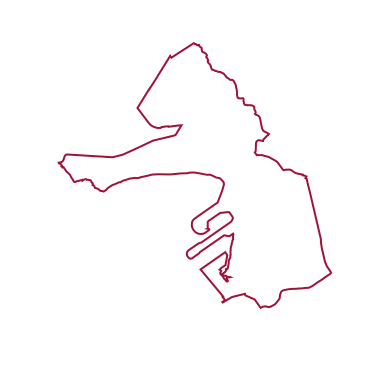 Bayside (NSW), New South Wales, Australia (Natural Earth projection), rotated 67°
{"feature_id": "25037944B57870334231273", "entity_name": "Bayside (NSW)", "entity_type": "district", "adm_level": 2, "iso_a3": "AUS", "parent_name": "Australia", "parent_adm1": "New South Wales", "projection": "natural_earth1", "projection_center": [151.152, -33.963], "detail": "fine", "context": "isolated", "style": "outline", "palette": "rose", "viewbox_px": 384, "rotation_deg": 67, "n_neighbors": 0, "source": "geoboundaries", "source_scale": "gbopen_adm2", "svg_char_len": 6027}
<svg xmlns="http://www.w3.org/2000/svg" viewBox="0 0 384 384"><g transform="rotate(67 192 192)"><path d="M168.6,98.6L167.3,99.4L164.4,101.9L163.2,102.5L162.2,102.6L160.6,102.6L153.9,101.3L152.2,100.8L149.6,100.6L148.8,100.7L147.8,101.1L146.3,102.3L145.9,102.9L145.3,103.3L144.7,103.6L144.3,102.9L144.0,102.5L142.9,102.1L139.8,102.3L138.5,101.5L137.2,101.7L137.0,101.8L135.7,103.0L135.3,103.6L133.9,106.7L133.8,107.3L133.2,107.7L132.9,108.2L132.4,109.3L131.8,109.5L130.6,109.5L129.8,109.2L128.5,109.2L127.0,108.3L126.2,108.2L125.7,108.3L125.3,109.2L125.1,110.2L124.5,111.3L124.2,112.1L123.6,112.8L122.4,113.0L121.3,112.9L119.8,112.5L119.2,112.3L118.2,111.6L116.6,111.3L115.5,110.9L112.9,110.5L111.3,110.0L109.3,109.9L108.4,110.2L107.3,110.1L106.3,110.2L105.5,110.5L104.4,111.2L104.0,112.4L103.5,113.2L103.1,113.4L102.3,113.7L100.6,115.0L95.6,116.6L94.9,117.0L93.7,118.2L92.6,118.9L92.0,120.2L91.5,121.1L90.4,122.1L89.6,123.3L88.6,124.1L88.0,124.4L87.4,125.5L87.0,125.8L85.2,125.8L83.9,125.6L83.4,125.7L82.8,125.5L81.4,125.7L80.0,126.4L78.2,126.6L77.6,126.4L77.4,126.1L77.4,125.7L74.7,125.7L73.7,126.2L72.8,125.8L72.5,125.2L72.2,124.9L71.6,124.9L70.5,125.0L68.4,126.2L67.7,127.3L67.0,127.7L66.2,127.7L64.5,127.4L64.0,127.3L63.6,126.9L63.1,126.9L62.3,127.2L60.8,128.3L59.4,128.1L59.1,128.6L59.0,129.6L58.8,130.0L58.1,130.2L57.4,130.6L57.0,131.0L56.8,131.5L56.2,131.8L55.7,132.2L60.3,158.5L58.2,158.9L71.6,177.9L72.4,178.9L80.8,191.3L80.6,191.3L84.0,196.1L93.4,209.4L112.1,204.7L114.0,203.9L115.0,203.4L116.5,202.3L117.8,201.0L118.7,199.9L119.7,198.5L120.8,195.8L120.8,195.7L120.5,195.2L120.3,194.4L120.6,193.9L121.4,190.4L121.8,189.7L122.2,188.2L122.8,188.1L125.3,179.0L126.5,175.6L133.1,184.9L133.1,186.1L129.5,207.7L130.2,226.0L130.6,241.2L129.0,251.5L126.3,257.0L124.6,260.2L122.4,264.8L108.7,292.2L108.5,293.5L108.7,294.1L109.0,294.9L109.7,295.6L111.9,297.4L113.1,299.0L113.3,299.9L113.4,301.4L112.9,303.3L113.4,303.4L113.8,303.2L114.0,302.9L114.3,302.2L114.8,301.9L117.2,301.4L117.4,302.1L117.6,302.0L117.8,302.4L117.8,301.9L118.7,301.7L118.5,301.0L119.1,300.5L124.3,299.5L126.6,298.3L128.8,297.5L131.9,297.4L133.8,296.9L136.1,296.7L136.7,296.5L136.9,296.3L137.1,295.9L137.1,294.0L137.6,291.2L137.9,288.4L138.8,288.5L138.4,286.7L138.4,285.9L138.5,285.1L138.8,284.5L139.7,284.1L140.0,283.1L141.3,281.1L142.2,280.6L142.9,280.5L143.9,280.7L144.4,280.5L144.8,280.1L145.3,280.0L146.3,280.3L146.8,280.8L147.3,280.2L147.8,279.8L148.9,279.6L150.2,279.8L152.5,277.1L154.3,276.4L155.3,275.7L156.4,273.7L157.1,273.1L156.8,271.9L156.7,270.5L156.3,269.8L155.4,267.7L154.5,262.5L154.5,261.6L154.7,260.6L154.6,259.1L154.7,257.1L154.5,255.5L155.1,254.4L154.8,252.7L154.7,249.7L155.1,248.9L155.0,247.7L155.4,243.7L155.6,243.3L156.2,240.7L156.8,238.8L157.9,236.7L158.1,236.1L158.3,235.3L158.2,234.5L159.8,225.8L160.1,223.5L160.5,221.6L162.0,217.4L163.0,214.9L164.6,211.4L167.7,204.2L170.1,196.3L171.9,191.5L172.9,189.1L173.1,188.4L173.0,187.6L173.4,186.2L174.4,183.6L175.2,181.9L177.5,178.2L181.8,171.8L182.6,170.2L182.8,169.0L184.8,166.9L188.0,164.2L188.7,163.3L189.9,161.3L191.7,160.3L194.2,159.4L195.8,159.1L197.6,159.7L202.6,163.7L211.7,172.5L216.6,195.8L217.7,200.5L218.4,202.1L218.9,202.8L220.2,204.0L222.4,205.1L223.2,205.4L225.2,205.7L227.1,205.5L229.7,204.8L230.8,204.2L232.4,202.9L233.1,202.1L234.2,200.0L234.8,198.1L234.8,196.9L234.5,194.7L233.8,191.6L233.6,191.0L233.3,190.7L232.9,190.7L232.6,190.9L231.8,192.1L231.8,191.8L225.9,189.3L225.3,188.6L225.2,188.3L222.4,174.9L222.3,174.2L224.7,166.3L225.0,165.8L225.6,165.5L230.8,164.4L231.9,164.5L232.8,165.2L233.8,166.4L234.4,167.2L234.6,167.8L235.1,169.7L242.1,202.9L241.9,206.1L244.3,217.9L245.0,219.4L245.7,220.2L247.2,221.1L248.4,221.3L249.6,221.2L251.2,220.8L251.9,220.5L252.6,219.7L252.9,219.3L253.1,218.0L251.2,209.4L250.5,208.4L244.5,179.6L244.5,179.1L244.7,178.8L246.4,176.5L247.2,175.2L247.2,174.4L246.4,170.5L247.4,170.5L248.5,171.4L251.8,172.8L252.1,173.1L252.2,173.6L253.8,174.5L255.1,175.7L256.8,176.6L257.2,177.2L258.7,178.3L260.8,179.2L261.3,179.6L264.6,180.9L265.3,181.2L265.7,181.7L267.1,182.2L268.1,183.1L268.4,183.9L269.8,185.1L271.7,185.9L275.4,188.3L276.4,189.1L276.6,189.5L276.6,189.8L276.2,190.5L276.2,190.9L276.4,191.1L276.7,191.1L276.8,190.9L277.0,190.9L277.9,191.7L278.7,193.3L279.2,195.5L279.7,196.1L280.6,196.7L280.8,196.5L281.0,195.8L281.7,195.0L281.8,194.3L282.0,194.1L283.0,193.1L283.8,192.7L284.3,192.3L285.0,190.9L285.1,190.3L285.3,190.1L284.7,192.8L284.7,193.6L285.5,194.3L285.9,194.4L286.7,193.8L287.5,193.6L287.9,193.7L288.3,194.4L288.1,194.8L287.6,195.2L287.1,195.3L286.5,195.5L285.6,195.6L285.1,196.1L284.2,196.3L282.5,196.6L281.8,196.3L281.1,196.4L280.6,197.1L279.1,197.8L278.9,197.8L278.7,197.5L278.1,197.7L277.4,197.6L276.5,196.2L276.1,196.0L275.4,196.2L274.3,197.0L273.8,195.6L273.5,195.2L272.4,189.8L264.0,184.2L260.4,185.0L266.6,214.4L300.2,204.2L300.3,204.6L300.8,204.4L300.9,204.8L304.1,203.8L305.1,206.4L305.4,206.3L305.6,206.8L305.3,206.9L305.3,207.0L305.8,206.8L305.6,206.1L304.3,196.3L306.4,183.0L308.0,183.3L315.1,176.6L315.8,176.2L325.5,174.1L325.3,173.1L325.3,172.2L325.5,170.3L325.9,169.2L327.7,166.7L328.1,165.9L328.3,164.4L327.8,159.4L324.9,153.9L324.2,152.9L321.4,151.4L320.7,150.9L318.6,148.7L318.3,148.0L318.2,147.4L318.2,146.1L318.8,143.0L319.6,139.9L320.3,137.6L322.0,133.5L322.2,132.4L323.8,128.2L324.4,125.7L325.8,121.9L325.6,118.3L325.2,116.1L324.2,111.6L323.6,107.5L321.9,100.0L321.8,99.0L321.4,96.9L321.0,95.9L320.6,95.5L318.2,95.8L312.9,96.9L308.1,96.8L294.7,94.5L288.7,93.0L286.6,92.1L285.2,91.7L236.2,83.2L230.6,82.4L224.8,81.3L223.6,82.2L222.4,80.6L221.0,82.0L219.9,83.6L219.3,83.2L216.9,86.8L215.2,89.0L213.8,90.2L210.6,92.1L209.3,93.8L208.0,97.4L207.8,98.9L207.3,99.5L198.3,101.6L196.4,102.5L189.7,107.7L186.7,111.6L185.8,112.5L184.4,115.7L183.5,117.1L183.3,118.0L180.1,118.7L179.9,118.2L178.9,117.2L172.0,114.0L171.2,113.4L170.7,112.6L170.3,111.4L170.4,110.3L172.8,106.7L171.7,105.9L169.8,101.6L169.4,100.4L169.4,99.7L169.0,99.1L168.7,99.1L168.6,98.6Z" fill="none" stroke="#9f1239" stroke-width="2"/></g></svg>